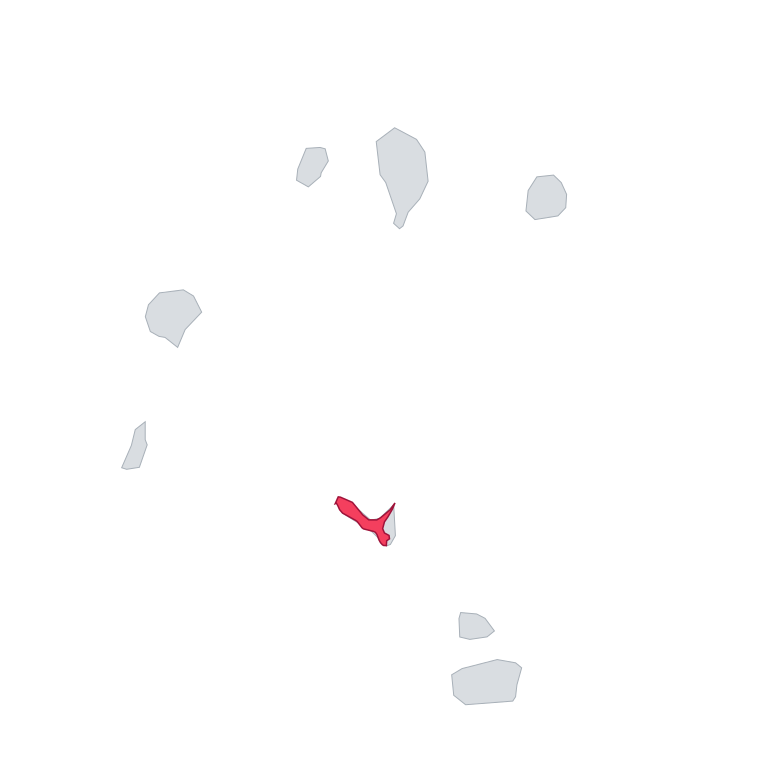 location of Ribeira Brava within Cabo Verde, rotated 204°
{"feature_id": "CPV-5057", "entity_name": "Ribeira Brava", "entity_type": "state/province", "adm_level": 1, "iso_a3": "CPV", "parent_name": "Cabo Verde", "parent_adm1": "", "projection": "natural_earth1", "projection_center": [-24.247, 16.582], "detail": "fine", "context": "in_parent", "style": "filled", "palette": "rose", "viewbox_px": 768, "rotation_deg": 204, "n_neighbors": 0, "source": "natural_earth", "source_scale": "10m", "svg_char_len": 1704}
<svg xmlns="http://www.w3.org/2000/svg" viewBox="0 0 768 768"><g transform="rotate(204 384 384)"><path d="M489.7,602.3L478.5,622.4L453.8,620.7L441.0,612.5L426.2,587.2L426.6,567.7L431.8,550.8L430.9,536.1L433.0,532.2L440.6,534.7L441.9,544.6L464.4,568.8L472.7,573.6L489.7,602.3ZM168.5,178.3L150.4,182.8L142.8,180.7L140.2,163.2L136.6,151.8L137.4,146.7L179.0,124.2L193.7,128.0L203.9,145.9L196.9,155.8L168.5,178.3ZM587.4,333.5L603.0,337.5L608.9,336.0L618.8,336.9L629.4,348.4L631.4,360.6L626.2,375.9L605.6,388.4L593.8,386.9L579.8,375.5L587.8,352.9L587.4,333.5ZM328.6,635.4L314.1,643.8L304.0,640.1L294.3,631.5L289.7,619.0L293.5,608.3L313.0,595.6L324.7,599.8L331.0,619.4L328.6,635.4ZM369.7,249.2L377.4,255.6L379.9,260.2L368.5,262.6L340.8,254.2L333.4,259.4L326.0,277.5L311.9,250.1L312.9,240.0L315.9,237.1L335.6,244.3L369.7,249.2ZM538.6,574.1L533.4,574.9L525.6,565.1L527.3,551.4L526.4,547.8L533.3,533.3L546.8,534.6L550.2,545.3L550.9,567.6L538.6,574.1ZM221.0,206.4L205.8,211.6L196.3,211.0L182.7,203.3L187.0,194.9L201.7,185.6L211.9,183.7L220.1,200.2L221.0,206.4ZM592.7,241.2L586.8,252.4L579.5,236.0L575.6,232.1L573.6,208.4L584.4,201.4L589.6,200.8L589.8,225.2L592.7,241.2Z" fill="#d9dde1" stroke="#a8b0b8" stroke-width="1"/><path d="M316.1,237.3L318.8,236.3L320.1,236.5L322.6,237.6L324.9,239.3L329.2,243.6L331.5,245.0L333.5,245.1L343.8,243.3L345.6,243.7L352.4,247.4L353.9,247.8L369.3,249.2L373.4,251.1L377.1,254.4L379.0,255.7L379.9,254.8L379.9,262.3L377.8,262.9L364.7,263.0L350.3,255.8L342.6,253.7L335.3,256.9L332.7,260.5L327.3,271.5L325.6,279.8L325.4,273.2L326.4,264.0L327.5,258.2L326.4,251.3L323.0,248.1L317.8,247.7L316.0,244.8L317.8,241.9L316.1,237.3Z" fill="#f43f5e" stroke="#9f1239" stroke-width="1.5"/></g></svg>